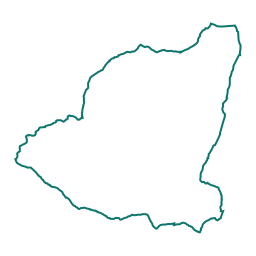 the district of Holbav, Brasov, Romania
{"feature_id": "2599482B87347061012561", "entity_name": "Holbav", "entity_type": "district", "adm_level": 2, "iso_a3": "ROU", "parent_name": "Romania", "parent_adm1": "Brasov", "projection": "mercator", "projection_center": [25.358, 45.68], "detail": "fine", "context": "isolated", "style": "outline", "palette": "teal", "viewbox_px": 256, "rotation_deg": 0, "n_neighbors": 0, "source": "geoboundaries", "source_scale": "gbopen_adm2", "svg_char_len": 5780}
<svg xmlns="http://www.w3.org/2000/svg" viewBox="0 0 256 256"><path d="M156.8,228.6L159.4,225.8L160.5,225.0L163.3,224.5L165.1,224.6L168.6,223.9L170.0,224.1L171.6,223.8L173.0,223.8L174.3,223.3L174.3,223.9L173.6,224.9L173.8,225.2L174.2,225.2L175.4,224.7L176.9,224.3L179.1,224.4L180.3,223.9L181.6,223.0L183.1,222.7L184.7,223.1L186.0,223.6L187.1,224.6L188.2,225.1L189.1,226.0L190.0,226.1L192.2,227.2L194.3,229.8L196.1,230.9L196.8,231.1L197.4,231.7L198.1,231.7L198.6,232.1L199.7,232.4L200.1,232.1L200.4,230.8L201.0,230.0L200.9,229.0L201.0,228.3L201.8,227.6L202.1,226.9L202.5,225.3L203.0,224.2L203.6,223.4L205.9,221.3L208.7,220.1L210.1,219.1L211.5,218.4L213.1,218.4L213.9,218.1L215.1,218.1L215.7,219.4L217.6,220.4L218.2,220.0L218.7,219.4L220.8,218.1L220.8,217.4L223.1,211.1L222.0,211.3L220.8,211.2L221.0,209.8L220.4,208.2L220.4,207.7L220.3,207.3L220.6,206.4L221.7,204.8L221.5,203.3L221.3,203.1L221.4,202.2L221.8,200.2L221.6,200.0L221.8,199.3L221.6,199.1L221.6,198.3L221.7,198.1L221.6,196.8L221.7,196.3L221.7,195.8L221.3,194.9L221.0,194.6L220.9,193.8L220.5,192.4L218.8,189.2L218.6,188.0L217.8,187.4L216.2,186.9L214.1,185.9L212.1,185.3L211.0,185.2L209.6,184.2L208.0,183.5L207.8,183.3L207.6,182.8L206.0,183.6L205.1,183.1L204.3,182.1L203.5,181.9L202.7,182.2L202.2,182.1L201.1,181.3L200.5,180.6L200.2,179.8L200.6,177.0L200.6,174.8L200.7,173.7L201.2,172.1L202.3,170.6L203.3,165.4L205.7,162.6L206.0,161.7L207.1,160.2L207.6,158.0L208.2,158.1L208.8,153.9L209.6,153.1L212.1,148.7L213.5,145.5L215.1,145.0L218.7,137.5L220.1,134.1L220.0,133.1L223.3,121.4L224.6,117.5L225.0,114.2L223.5,112.6L222.4,109.9L222.4,108.1L223.1,106.6L223.0,103.5L226.1,100.2L227.2,98.3L226.5,97.7L226.9,96.2L227.6,92.8L227.8,89.4L229.0,87.4L229.7,85.3L229.8,82.7L229.8,77.6L230.7,76.3L231.9,71.5L233.0,70.0L233.5,65.8L238.5,56.0L239.3,54.8L240.1,55.0L239.8,52.6L240.4,49.8L240.5,46.8L240.6,45.2L239.8,44.0L238.6,40.2L238.1,31.8L237.0,31.0L237.0,30.4L235.9,27.0L235.0,26.4L234.9,25.6L221.1,26.6L217.0,26.2L214.8,24.9L210.9,23.6L210.3,25.5L208.9,27.3L207.8,28.4L205.4,28.3L205.0,29.4L202.8,30.5L200.7,33.3L199.8,34.8L200.2,35.9L199.1,37.2L198.4,38.4L198.2,38.9L197.9,41.4L197.1,42.9L196.5,43.4L195.0,44.7L194.3,44.9L193.8,45.6L190.0,47.6L188.0,49.0L185.6,49.8L182.0,51.6L181.5,51.9L181.6,51.7L181.4,51.6L179.4,51.9L178.0,51.9L175.4,51.3L174.3,51.6L171.1,50.8L168.7,51.1L166.7,50.9L165.7,50.7L164.6,50.0L164.2,49.8L163.3,50.1L162.2,50.1L161.2,50.7L159.3,51.2L158.8,51.6L156.9,52.3L155.1,51.6L154.0,50.7L151.5,49.5L150.9,49.0L149.8,47.8L148.4,46.9L146.9,46.5L145.4,47.0L144.7,47.0L143.4,46.4L140.9,44.9L140.4,44.8L140.0,45.3L138.7,46.5L137.7,48.5L135.4,50.7L134.7,51.2L133.4,51.6L131.8,51.6L131.0,52.1L130.3,52.3L129.2,52.2L127.5,51.8L126.9,51.9L123.0,54.0L121.6,54.1L119.2,55.2L118.5,55.2L118.2,56.2L117.8,56.6L115.5,57.2L114.5,57.2L114.2,57.4L114.0,58.1L112.2,58.5L111.7,58.8L110.7,59.6L110.0,60.4L109.3,60.6L109.4,61.3L108.6,61.9L108.1,62.1L105.8,64.7L105.4,65.2L104.8,66.5L104.2,67.1L102.5,70.0L100.9,70.5L99.7,71.4L98.1,72.0L97.0,73.0L96.0,73.5L92.8,75.7L92.2,75.9L91.1,77.1L90.6,77.4L89.9,78.6L89.7,79.7L88.7,81.9L88.4,82.3L88.1,83.4L88.2,87.9L87.7,88.3L87.1,89.1L86.1,89.8L83.6,96.2L83.8,97.4L84.1,98.1L83.9,98.6L83.9,99.7L84.1,100.5L83.8,101.4L84.2,102.1L84.0,103.3L83.3,105.2L83.4,106.1L83.0,106.9L82.9,108.1L82.5,108.9L82.2,112.0L82.0,112.9L82.1,114.8L81.9,115.6L82.2,116.1L82.1,116.5L82.5,116.7L82.5,117.4L82.6,118.0L81.2,118.2L80.7,118.4L79.7,119.5L79.1,119.5L78.2,119.8L77.7,119.6L76.1,117.7L73.2,116.2L71.7,116.0L70.8,116.1L70.0,115.6L69.5,115.5L68.6,115.8L67.8,116.4L67.7,118.4L67.7,118.7L67.4,119.0L66.1,119.5L65.6,120.3L64.9,120.6L63.7,121.7L62.1,121.0L60.7,120.2L57.0,120.3L56.2,120.8L56.2,121.8L55.5,122.3L54.7,122.7L53.6,123.0L52.3,124.0L50.7,124.6L49.9,125.0L47.5,125.4L45.4,126.2L45.3,126.5L45.3,126.9L45.1,127.2L43.6,127.0L42.4,127.4L40.3,127.4L39.7,127.7L39.3,128.1L38.7,129.0L38.6,129.8L36.2,131.4L35.5,132.2L35.8,133.6L35.1,135.0L34.8,135.2L34.1,135.6L32.1,135.7L30.7,135.2L29.6,135.1L28.9,135.4L28.4,135.0L27.9,135.3L26.6,135.7L26.3,136.0L25.9,136.8L26.4,137.7L26.8,139.2L26.8,140.3L27.0,141.1L26.4,142.7L24.1,144.1L22.8,144.6L20.9,145.7L20.1,146.0L19.8,146.3L19.6,147.6L19.8,148.7L19.9,150.0L19.8,151.3L19.3,151.7L18.3,152.2L17.2,153.4L17.2,154.3L17.5,155.6L17.3,156.8L16.7,158.2L16.3,158.7L15.4,159.0L15.4,159.5L16.8,162.7L18.4,163.8L20.0,164.7L20.7,165.0L21.3,165.5L25.5,166.7L26.4,167.2L26.9,167.2L27.4,167.6L29.3,167.5L31.1,167.7L32.2,169.0L33.1,169.6L34.5,171.1L35.5,171.8L38.1,175.1L38.6,175.4L38.7,175.9L39.6,176.6L40.5,176.8L40.9,177.3L41.1,177.9L42.4,179.7L43.2,180.0L43.9,181.5L44.7,182.3L45.3,182.6L45.8,183.2L46.3,183.1L47.0,183.3L47.5,183.7L47.9,184.3L48.7,184.4L49.0,184.9L49.8,185.0L50.2,185.3L50.5,186.2L50.8,186.4L51.6,186.5L52.4,187.0L53.6,186.9L55.1,187.3L55.6,187.6L57.1,187.9L59.1,189.7L62.1,191.8L62.6,192.6L62.8,193.5L63.5,194.6L64.3,195.4L65.3,197.0L65.8,197.2L66.0,197.7L66.8,197.6L68.6,198.9L69.9,200.4L72.1,203.9L72.5,204.3L73.5,205.5L74.9,206.0L76.1,207.1L77.2,207.6L77.9,208.4L79.0,209.0L79.4,209.0L81.1,208.0L83.4,207.9L84.5,207.6L86.4,208.4L89.8,209.1L90.2,209.8L91.2,209.6L92.5,210.2L94.7,210.7L95.2,210.6L96.1,211.0L96.3,211.4L97.0,211.4L97.6,212.1L98.2,212.1L99.2,212.7L100.3,212.8L103.4,214.5L104.4,215.3L105.5,215.7L105.8,216.1L106.3,216.1L107.2,217.2L107.4,217.6L109.0,218.2L109.6,218.0L109.9,218.5L111.0,218.9L114.0,218.9L114.9,218.2L116.2,217.8L116.8,218.0L118.3,218.0L119.2,218.3L119.7,219.2L120.1,219.6L120.9,219.6L121.5,219.5L123.6,218.3L127.1,217.3L128.2,216.4L130.1,216.0L132.2,214.7L133.4,215.1L135.4,215.2L138.8,214.6L140.6,214.8L142.7,214.1L143.2,214.2L145.0,214.1L146.4,214.5L147.1,214.5L147.9,215.4L148.5,216.3L148.7,217.2L150.4,220.8L152.4,224.0L152.5,224.9L153.0,226.0L155.6,228.4L156.8,228.6Z" fill="none" stroke="#0f766e" stroke-width="2"/></svg>